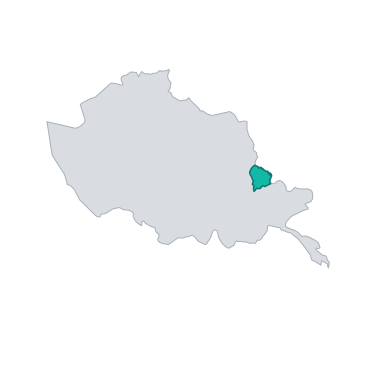 Kunduz highlighted on a map of Afghanistan, rotated 59°
{"feature_id": "AFG-1763", "entity_name": "Kunduz", "entity_type": "Province", "adm_level": 1, "iso_a3": "AFG", "parent_name": "Afghanistan", "parent_adm1": "", "projection": "orthographic", "projection_center": [68.869, 36.818], "detail": "fine", "context": "in_parent", "style": "filled", "palette": "teal", "viewbox_px": 384, "rotation_deg": 59, "n_neighbors": 0, "source": "natural_earth", "source_scale": "10m", "svg_char_len": 5886}
<svg xmlns="http://www.w3.org/2000/svg" viewBox="0 0 384 384"><g transform="rotate(59 192 192)"><path d="M173.0,114.3L179.5,113.8L183.9,114.8L186.2,117.1L188.5,117.7L190.7,116.6L192.1,116.5L192.7,117.2L193.8,117.5L195.5,117.4L196.4,118.1L196.7,119.4L197.9,121.2L200.1,123.3L202.2,123.9L204.8,122.2L205.7,122.4L206.2,121.9L206.4,120.7L208.1,119.6L211.0,118.5L212.6,117.6L213.2,116.8L214.2,116.6L215.3,116.8L216.1,116.5L216.7,115.5L217.7,115.1L218.6,115.3L222.6,119.1L224.2,120.3L224.9,120.1L226.9,118.0L227.2,116.0L226.6,113.6L227.0,111.5L228.3,110.0L230.7,109.0L234.3,108.7L236.5,108.8L237.3,109.6L238.4,110.0L239.7,110.1L241.0,109.2L242.1,107.3L242.1,105.0L241.1,102.2L241.3,101.3L243.1,99.9L245.0,97.8L246.8,95.1L248.5,91.8L250.6,89.7L253.1,88.9L256.3,89.7L260.0,92.1L261.5,95.3L260.7,99.0L260.7,101.1L261.4,101.4L265.6,100.6L266.2,101.1L266.2,102.2L265.6,103.8L265.0,108.2L264.0,119.2L265.9,125.7L267.2,128.2L268.5,129.0L269.8,129.3L271.0,129.0L273.6,127.2L277.4,124.0L281.1,122.0L286.5,120.7L288.2,117.3L290.6,115.1L296.3,111.6L299.3,110.2L301.1,109.9L305.5,110.9L305.8,111.9L305.6,112.9L304.4,113.9L304.0,114.6L304.5,115.1L306.3,115.2L313.8,112.5L315.4,110.4L317.0,110.3L320.2,110.9L322.7,110.5L324.0,111.3L327.1,114.0L326.2,114.2L324.9,113.7L324.1,112.8L321.1,114.2L317.8,116.2L317.9,116.7L321.0,119.2L314.9,122.4L312.1,124.2L311.4,124.3L307.1,123.0L295.1,124.1L286.1,125.3L282.6,126.9L279.3,127.8L277.6,128.6L276.5,130.2L271.6,133.8L270.7,135.0L267.9,135.0L265.0,138.4L260.9,142.5L260.0,144.3L260.7,145.3L263.0,146.6L264.1,147.9L265.8,151.7L266.5,154.4L267.5,155.5L268.2,158.7L267.2,160.6L267.2,161.5L268.7,163.9L268.3,164.6L267.3,165.8L265.7,168.9L262.7,171.3L261.5,173.4L259.4,175.7L258.5,177.6L257.6,178.6L256.7,179.2L256.9,180.2L257.8,181.5L259.2,182.9L259.3,188.6L258.5,190.2L254.7,191.9L251.0,192.6L246.5,192.7L244.7,192.5L238.4,190.5L236.4,191.6L236.0,194.1L239.7,198.2L241.2,200.4L242.9,204.2L244.1,206.2L243.7,208.0L237.2,212.1L233.0,212.6L230.4,213.3L229.1,214.3L228.2,218.6L227.3,220.2L227.3,222.1L226.4,224.2L225.1,225.6L224.1,227.8L224.9,239.2L221.1,243.8L218.9,245.4L216.9,246.2L215.2,245.9L213.1,243.3L211.6,242.3L210.1,242.5L208.6,243.4L206.1,243.1L204.1,242.2L203.0,242.3L202.4,243.2L200.2,245.1L194.7,248.0L192.5,248.2L191.6,249.0L191.9,250.2L192.9,251.2L194.6,251.9L194.7,252.7L191.9,254.2L189.0,255.2L185.8,255.5L182.4,254.9L180.7,253.5L178.6,253.3L176.8,254.3L174.8,255.8L172.0,259.8L168.1,262.1L167.0,264.6L165.7,269.0L166.0,275.6L165.4,278.5L164.5,280.4L164.6,281.9L165.9,283.7L165.4,284.8L164.2,286.0L163.1,286.6L141.4,292.2L137.8,292.2L136.0,291.9L129.9,291.6L127.3,292.0L124.7,292.7L122.8,293.7L121.3,295.1L118.8,294.1L110.8,292.2L88.9,292.9L86.9,292.3L57.1,280.1L77.1,259.4L77.8,257.6L78.1,254.0L77.2,249.0L75.5,246.6L59.4,242.7L59.1,238.9L59.4,237.2L59.4,234.0L59.6,231.4L60.6,227.4L60.8,225.5L57.1,206.5L57.2,204.7L60.6,200.7L64.7,196.9L64.5,196.1L62.7,195.5L59.8,195.2L58.3,194.4L57.2,193.2L56.9,191.4L57.9,188.5L57.6,182.7L60.9,178.1L65.6,178.2L63.5,174.4L63.0,174.0L62.9,173.4L63.2,172.8L64.4,172.6L67.4,170.6L67.6,169.3L70.1,166.2L70.1,164.6L71.9,160.8L71.3,158.1L71.3,156.6L73.0,155.9L74.3,152.2L75.0,151.4L75.1,150.5L74.9,148.9L76.4,148.8L77.7,150.8L79.8,153.0L81.2,153.7L83.1,154.2L87.2,153.8L88.0,154.0L92.1,157.8L92.7,158.8L93.0,160.2L93.6,160.7L95.2,159.4L96.7,159.0L99.4,159.6L100.9,159.2L108.0,155.3L108.7,152.5L109.5,150.9L110.4,150.0L109.5,146.7L109.9,146.1L110.9,145.9L113.1,146.0L123.7,143.1L126.5,143.2L127.1,143.0L127.3,142.0L128.1,141.0L133.2,138.6L136.1,136.1L137.2,134.2L142.5,118.2L145.1,116.8L147.7,115.9L156.2,115.9L157.9,111.0L158.7,109.8L160.3,108.7L166.4,112.5L173.0,114.3Z" fill="#d9dde1" stroke="#a8b0b8" stroke-width="1"/><path d="M223.8,120.4L224.2,120.3L224.6,120.2L225.0,120.1L225.5,120.7L225.5,120.8L225.5,121.0L225.2,121.4L225.2,121.5L225.0,122.1L225.0,122.3L225.1,122.5L225.1,122.8L225.1,123.0L224.9,126.2L224.7,126.9L224.5,127.1L224.4,127.2L223.6,127.3L223.3,127.5L223.3,127.8L223.3,128.3L223.3,128.7L223.3,128.9L223.2,129.0L223.2,129.3L223.3,129.6L223.4,129.8L223.4,130.0L223.4,130.4L223.4,130.5L223.5,130.5L223.8,130.8L224.1,131.3L224.1,131.5L223.7,132.5L223.6,133.0L223.4,133.3L222.8,133.8L222.7,133.9L222.7,134.0L222.4,134.2L222.1,134.5L222.2,134.9L222.4,135.2L222.6,136.1L222.8,136.4L223.0,136.7L223.1,136.8L223.1,137.0L223.1,137.3L223.1,137.6L223.1,137.8L223.3,138.2L223.4,138.4L223.4,138.6L223.4,139.0L223.2,138.6L223.0,138.3L222.9,138.2L222.6,138.1L221.9,137.9L221.6,137.9L220.8,137.6L220.5,137.4L219.9,136.9L219.7,136.6L219.4,136.3L219.3,136.2L219.1,136.1L218.2,135.9L217.7,135.8L217.0,136.2L216.9,136.3L216.6,136.3L216.4,136.1L215.6,135.5L214.4,134.0L214.2,133.5L213.1,133.7L212.8,133.8L212.6,133.8L212.4,133.8L210.8,133.3L207.8,133.1L206.8,133.2L206.6,133.1L206.2,132.8L205.3,132.6L204.7,132.4L204.3,132.1L204.2,131.6L204.1,131.3L203.8,131.0L203.5,130.6L203.2,130.4L203.0,130.2L202.6,129.4L201.6,126.9L201.5,126.7L201.5,125.4L201.4,124.5L201.4,124.4L201.5,124.4L201.9,124.2L203.1,123.2L203.4,123.0L203.7,122.9L204.0,122.6L204.4,122.3L204.8,122.2L205.6,122.5L206.0,122.5L206.2,122.2L206.1,121.2L206.1,120.7L206.2,120.4L206.6,120.1L206.9,120.1L207.3,120.3L207.7,120.4L208.1,120.3L208.5,120.1L208.6,119.8L208.4,119.3L209.5,119.2L210.4,119.0L210.6,119.0L210.7,118.9L211.0,118.4L211.4,118.3L212.1,118.1L212.5,118.0L212.5,117.8L212.6,117.5L212.9,117.1L213.3,117.1L213.2,116.8L213.1,116.7L213.2,116.4L213.6,116.3L214.3,116.5L214.7,116.4L214.9,116.4L215.1,116.5L215.8,117.0L216.0,117.0L216.1,116.8L216.0,116.3L215.8,115.6L215.9,115.3L216.3,115.2L216.7,115.3L216.9,115.6L217.0,116.0L217.3,116.3L217.6,116.4L217.8,116.3L217.9,116.1L217.8,115.8L217.7,115.7L217.4,115.5L217.3,115.3L217.2,115.1L217.4,115.0L218.7,115.2L219.0,115.4L219.4,115.7L219.7,116.1L220.0,117.0L220.3,117.3L220.7,117.6L221.1,117.9L221.4,118.7L221.6,118.9L222.0,119.2L223.8,120.4Z" fill="#14b8a6" stroke="#0f766e" stroke-width="1.5"/></g></svg>